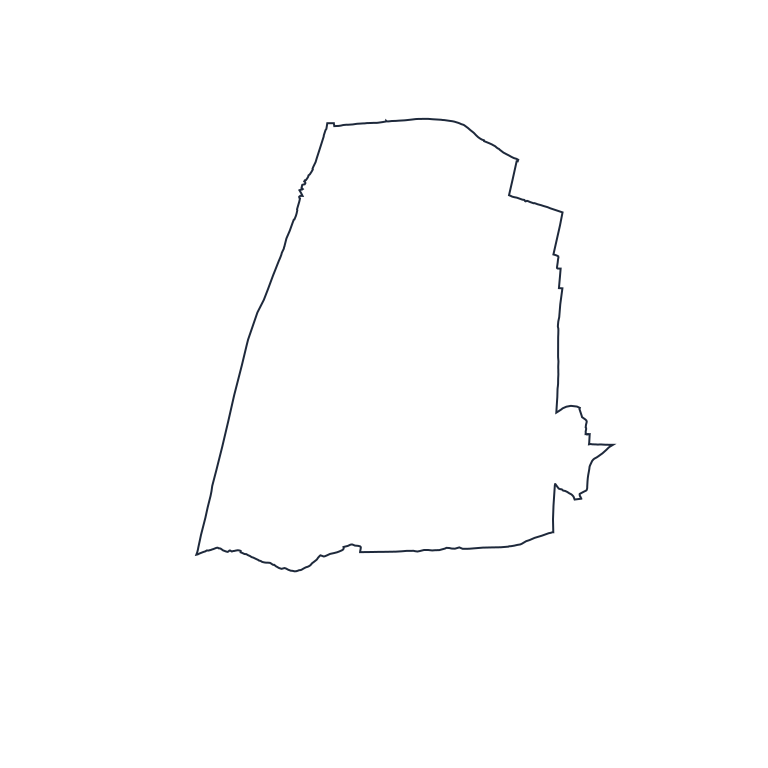 Lozna, Botosani, Romania, rotated 135°
{"feature_id": "2599482B52450047421135", "entity_name": "Lozna", "entity_type": "district", "adm_level": 2, "iso_a3": "ROU", "parent_name": "Romania", "parent_adm1": "Botosani", "projection": "robinson", "projection_center": [26.277, 47.936], "detail": "fine", "context": "isolated", "style": "outline", "palette": "slate", "viewbox_px": 768, "rotation_deg": 135, "n_neighbors": 0, "source": "geoboundaries", "source_scale": "gbopen_adm2", "svg_char_len": 6166}
<svg xmlns="http://www.w3.org/2000/svg" viewBox="0 0 768 768"><g transform="rotate(135 384 384)"><path d="M448.7,511.5L453.4,508.7L471.2,497.8L497.9,482.0L520.6,467.7L543.1,453.8L563.5,441.6L577.5,433.4L581.9,430.1L585.8,427.5L596.0,421.4L604.9,415.7L620.1,406.7L624.4,403.9L630.6,399.9L632.5,398.6L635.0,397.1L637.4,396.0L636.1,395.2L634.3,394.6L630.6,393.0L628.7,392.0L627.0,391.6L626.4,390.9L625.6,390.1L625.0,389.9L624.0,389.2L622.4,388.5L621.3,387.9L618.7,386.8L617.7,386.2L617.3,385.7L617.0,384.5L616.4,384.0L615.9,383.0L615.6,381.2L615.5,380.3L614.1,377.2L613.3,375.9L613.1,375.8L612.5,375.6L611.0,375.5L610.5,375.0L610.1,373.3L609.9,373.1L608.7,372.5L607.9,371.8L606.7,371.1L605.0,369.9L604.2,368.9L603.6,367.9L603.4,367.2L604.4,366.4L603.7,364.8L602.9,362.5L601.6,360.9L601.3,359.4L600.4,357.1L600.0,355.2L599.2,353.7L598.2,350.8L597.5,348.9L597.3,348.3L597.3,347.7L596.7,346.7L596.2,345.6L596.1,344.8L595.7,343.9L595.0,342.8L594.2,341.6L592.4,339.7L591.2,338.3L590.9,337.6L590.7,336.4L590.5,335.4L590.2,334.4L589.5,333.8L589.4,332.8L589.3,331.5L588.8,329.9L588.5,328.5L587.8,327.0L587.1,325.7L585.5,324.8L584.5,324.2L583.8,322.9L583.0,320.2L582.6,319.4L582.0,318.0L580.9,316.7L579.7,314.8L578.6,313.8L577.2,313.0L575.8,312.4L574.4,311.3L573.4,310.9L572.1,310.6L570.0,310.0L568.6,309.5L567.2,308.7L566.0,308.3L565.3,308.1L564.1,307.9L563.0,308.0L561.2,308.1L560.3,307.9L556.2,307.4L555.4,307.4L553.3,307.8L550.8,307.9L550.1,307.8L549.3,306.2L548.6,304.7L547.8,304.1L545.9,303.3L542.3,302.0L538.9,299.8L536.2,298.2L534.0,297.2L533.2,296.9L531.5,296.2L530.2,295.9L529.4,296.0L529.1,296.1L528.4,296.6L527.9,297.4L524.1,295.1L521.3,294.1L520.1,293.2L519.7,292.5L518.8,290.3L516.7,287.8L515.7,286.1L515.8,285.0L517.0,284.0L519.1,282.6L519.8,282.0L511.4,273.8L506.2,268.8L503.9,266.5L494.2,257.1L489.8,253.2L486.0,250.0L483.3,247.3L481.1,245.2L480.3,243.9L478.8,241.9L476.7,240.5L473.2,238.4L470.0,235.2L467.6,232.2L465.8,230.7L462.3,227.4L457.2,224.5L455.7,224.0L453.7,221.7L452.6,219.9L450.3,217.4L446.3,215.2L444.9,211.8L440.4,207.4L429.8,198.4L423.1,192.0L416.9,186.0L411.0,181.0L410.3,180.8L409.0,179.6L406.2,177.6L403.6,176.0L401.1,174.2L399.6,173.6L394.5,172.3L393.4,171.7L391.4,170.7L386.3,168.7L379.6,165.1L373.0,162.0L371.4,160.9L369.4,159.9L369.1,159.5L360.2,168.8L350.2,178.1L334.8,191.6L333.8,192.2L333.6,192.0L334.1,188.9L334.4,186.5L333.7,185.0L332.8,183.8L332.7,182.0L331.5,180.2L330.7,177.9L330.3,175.8L329.6,173.6L329.5,172.8L329.5,171.7L329.6,170.4L330.9,167.5L325.6,163.4L325.4,163.6L325.3,164.4L324.9,165.1L324.8,165.9L324.1,167.2L323.6,167.7L323.3,167.9L319.0,166.6L316.4,165.7L315.8,165.7L314.9,166.1L314.1,166.6L313.4,167.2L312.7,167.9L309.0,171.2L306.4,173.4L304.0,175.2L301.1,177.2L298.7,178.9L297.2,180.1L296.0,180.7L291.3,182.4L289.5,182.6L288.2,182.5L287.1,182.2L285.5,181.7L283.4,181.3L280.3,180.8L278.6,180.5L273.3,180.2L272.2,180.2L270.3,180.2L268.6,180.0L266.7,179.5L265.1,179.1L265.4,179.4L270.2,184.3L272.0,186.3L273.1,187.6L274.3,188.8L275.6,189.9L276.5,191.0L279.3,194.0L280.4,195.5L281.7,196.4L280.5,197.3L274.0,203.1L275.7,204.4L275.4,204.6L276.9,206.0L275.6,207.1L275.0,207.8L274.1,208.4L272.9,209.2L272.2,210.0L272.1,210.7L269.9,212.4L268.2,213.4L267.3,214.0L266.7,215.1L266.7,216.5L267.2,219.5L267.4,220.5L266.6,221.9L263.5,228.1L262.4,228.6L263.5,231.6L267.3,236.4L271.1,239.0L275.0,240.5L276.4,240.6L280.3,241.4L282.4,241.9L276.3,247.3L270.7,252.2L265.2,257.4L264.3,258.2L262.5,259.6L260.7,261.1L256.9,264.8L254.9,266.6L253.7,267.7L252.5,269.0L251.3,270.2L250.5,271.0L249.5,272.1L248.3,273.3L246.0,275.4L244.7,276.6L242.5,279.2L241.6,280.2L227.7,294.0L225.3,296.2L222.7,298.7L221.5,300.0L221.0,300.8L220.4,301.7L219.4,302.6L216.5,305.0L212.8,307.4L203.5,315.3L202.9,315.8L190.2,325.5L192.5,328.1L183.9,335.3L177.5,340.7L179.5,342.8L179.7,343.4L179.3,344.1L175.4,347.0L172.9,349.0L171.1,350.2L170.5,351.1L171.0,352.7L171.6,354.0L172.6,355.8L147.4,371.7L136.4,379.1L142.2,390.7L143.3,393.4L145.3,397.0L146.5,399.4L148.3,402.5L149.2,404.5L149.8,405.6L150.4,406.0L152.0,409.3L153.0,411.8L153.4,412.4L154.3,412.8L154.8,413.1L154.9,413.5L154.8,414.0L154.6,414.8L154.8,415.2L155.8,416.5L158.2,421.6L158.5,422.1L159.6,423.7L160.5,425.2L160.9,425.9L161.4,427.4L162.1,429.1L148.7,437.5L132.7,447.7L132.0,446.9L131.0,447.5L130.6,447.6L130.7,448.2L131.0,449.1L131.2,449.7L132.4,451.9L133.3,454.5L134.0,457.1L135.0,460.2L135.5,461.9L135.9,463.1L136.3,466.2L136.4,466.9L136.5,467.6L136.5,468.4L136.5,469.0L136.9,470.0L137.1,471.1L137.2,471.9L137.2,472.6L137.3,473.5L137.4,474.0L138.0,475.9L138.3,477.1L139.4,480.0L141.5,485.0L141.0,485.6L141.9,487.5L142.4,489.2L142.7,490.8L142.9,492.0L143.0,494.7L142.9,497.8L143.0,499.1L143.4,502.4L143.6,505.6L144.3,510.3L144.6,511.2L145.6,513.1L146.3,515.0L146.9,516.3L147.6,517.6L148.7,519.7L149.6,521.1L150.4,522.2L151.1,523.1L152.3,524.7L154.6,527.8L156.0,529.4L156.8,530.5L162.3,536.7L165.5,540.5L167.7,542.7L169.9,544.8L173.2,548.0L174.5,549.1L177.7,551.6L182.8,555.7L187.4,559.8L189.4,561.5L192.6,564.5L194.9,566.3L196.1,567.5L196.4,568.1L196.4,568.6L196.9,568.2L199.8,570.2L203.8,573.2L204.7,574.0L206.7,576.0L209.0,578.1L211.5,580.5L213.3,581.9L214.8,583.3L216.4,584.7L219.1,587.1L221.0,588.5L222.5,589.6L226.3,592.9L227.1,593.8L228.2,594.7L229.4,595.7L230.1,596.2L231.6,597.1L233.4,598.4L236.8,601.5L235.6,603.1L235.4,603.6L235.1,603.9L239.7,608.5L244.4,605.1L245.8,604.9L250.7,602.4L251.7,601.6L263.1,595.7L272.1,591.1L275.4,589.3L280.3,587.6L282.4,586.7L282.7,586.0L285.3,585.3L288.2,584.7L289.9,584.9L291.0,584.2L292.9,583.7L295.0,583.4L296.0,584.0L297.2,583.6L297.0,582.5L297.6,581.6L298.9,581.3L299.7,581.9L300.9,582.6L301.4,582.4L302.3,581.8L303.6,581.0L303.6,579.3L304.6,579.5L305.5,580.3L306.8,580.8L307.6,577.6L308.6,574.6L310.1,576.2L311.5,576.4L312.2,575.6L312.2,574.6L314.9,572.9L319.3,570.5L322.0,569.0L322.4,568.2L325.2,566.4L327.4,565.2L331.0,563.7L331.6,564.0L335.1,562.4L342.3,559.0L350.1,555.9L356.5,552.1L356.9,551.8L358.1,551.3L358.9,550.7L359.5,550.4L361.3,549.8L363.5,549.0L365.2,548.0L367.4,547.0L369.8,546.0L370.9,545.6L375.3,543.7L380.1,541.6L385.7,539.2L399.2,533.0L409.4,528.5L422.9,524.1L448.7,511.5Z" fill="none" stroke="#1e293b" stroke-width="2"/></g></svg>